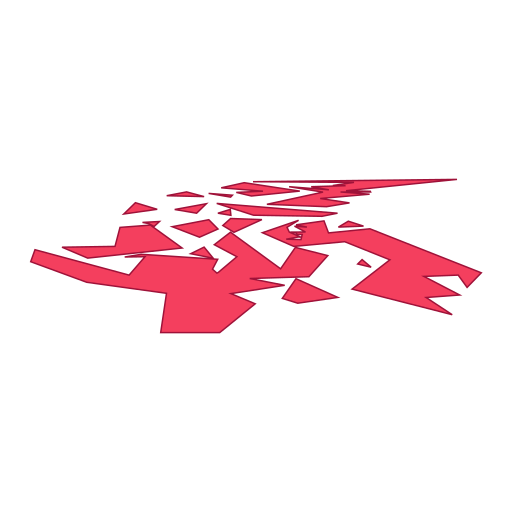 SVG path tracing the border of Nunavut
{"feature_id": "CAN-634", "entity_name": "Nunavut", "entity_type": "Territory", "adm_level": 1, "iso_a3": "CAN", "parent_name": "Canada", "parent_adm1": "", "projection": "equal_earth", "projection_center": [-85.605, 67.518], "detail": "medium", "context": "isolated", "style": "filled", "palette": "rose", "viewbox_px": 512, "rotation_deg": 0, "n_neighbors": 0, "source": "natural_earth", "source_scale": "10m", "svg_char_len": 1920}
<svg xmlns="http://www.w3.org/2000/svg" viewBox="0 0 512 512"><path d="M141.4,254.3L217.7,259.3L212.5,269.2L216.9,273.1L218.3,272.4L236.9,256.7L214.3,244.7L230.5,232.2L280.6,268.8L295.4,247.4L327.8,255.6L308.9,276.7L249.7,278.5L284.7,285.3L230.9,293.6L255.2,303.8L219.7,332.6L160.7,332.6L166.5,293.3L86.8,282.3L30.7,261.7L35.0,249.7L129.1,275.1L145.0,256.7L124.7,257.0L141.4,254.3ZM352.1,289.1L389.9,259.8L344.7,241.7L293.8,246.4L262.4,232.7L298.6,220.3L287.0,227.3L289.3,232.1L300.7,237.1L298.1,237.0L286.2,239.2L301.0,239.6L302.2,234.5L297.6,234.4L295.5,232.8L292.1,232.3L291.9,232.1L305.5,232.0L294.5,226.2L306.9,227.1L296.1,224.8L324.0,220.9L328.5,232.9L369.9,228.8L481.3,272.8L467.1,287.4L458.2,275.1L423.9,276.4L459.7,295.0L426.1,297.5L452.2,314.7L352.1,289.1ZM457.0,179.4L346.0,190.7L370.3,191.3L370.6,192.0L340.5,192.0L369.6,194.2L320.2,198.5L349.5,202.9L326.5,206.7L266.9,204.3L323.0,192.1L289.1,186.7L328.9,189.8L311.2,186.7L345.6,185.7L332.8,185.5L354.0,182.4L253.0,181.7L457.0,179.4ZM120.0,227.4L150.4,225.1L182.1,248.0L87.7,258.1L62.0,247.2L115.0,246.4L120.0,227.4ZM221.2,187.8L244.2,182.7L299.8,191.1L251.4,196.0L236.3,192.4L263.0,191.2L221.2,187.8ZM337.5,213.2L322.0,216.3L253.5,215.2L216.7,203.4L337.5,213.2ZM218.0,229.0L199.5,237.2L172.2,226.7L208.8,219.7L218.0,229.0ZM337.8,297.4L297.7,303.2L282.3,298.4L296.0,278.7L337.8,297.4ZM261.9,219.6L234.0,232.3L222.8,225.5L230.6,218.5L261.9,219.6ZM206.4,203.7L196.6,213.2L174.7,209.5L206.4,203.7ZM123.8,214.0L135.4,202.7L157.2,209.3L123.8,214.0ZM166.7,195.7L186.6,191.9L204.1,196.6L166.7,195.7ZM338.4,227.1L348.3,221.2L363.5,226.1L338.4,227.1ZM204.1,247.1L213.2,258.2L190.7,253.7L204.1,247.1ZM230.3,209.4L230.9,215.3L217.9,213.2L230.3,209.4ZM230.6,197.1L208.6,193.4L232.4,195.2L230.6,197.1ZM362.1,259.6L371.1,267.2L357.7,264.0L362.1,259.6ZM159.5,221.5L154.1,226.5L148.8,223.6L142.5,222.4L159.5,221.5Z" fill="#f43f5e" stroke="#9f1239" stroke-width="1.5"/></svg>